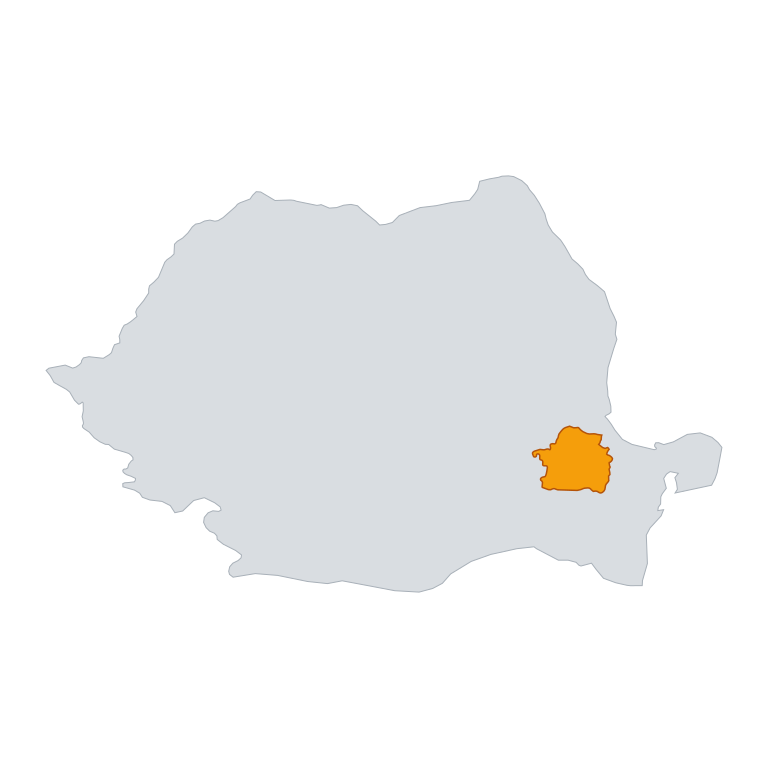 where Braila sits in Romania
{"feature_id": "ROU-313", "entity_name": "Braila", "entity_type": "County", "adm_level": 1, "iso_a3": "ROU", "parent_name": "Romania", "parent_adm1": "", "projection": "natural_earth1", "projection_center": [27.608, 45.126], "detail": "fine", "context": "in_parent", "style": "filled", "palette": "amber", "viewbox_px": 768, "rotation_deg": 0, "n_neighbors": 0, "source": "natural_earth", "source_scale": "10m", "svg_char_len": 5466}
<svg xmlns="http://www.w3.org/2000/svg" viewBox="0 0 768 768"><path d="M614.9,430.1L622.4,439.4L632.0,444.4L654.2,449.7L656.2,449.1L656.4,448.1L654.8,446.7L654.6,445.0L655.7,442.8L658.7,442.7L663.8,444.6L673.3,441.9L687.3,434.4L700.2,432.9L711.9,437.3L718.0,442.5L721.9,447.4L720.8,453.4L720.1,457.2L717.1,472.8L715.0,478.7L711.6,485.2L675.1,493.0L677.4,489.3L676.5,482.7L674.9,477.7L678.3,473.3L670.1,471.6L666.5,474.1L663.7,478.4L666.3,488.3L662.3,493.7L660.8,496.8L660.6,504.0L658.3,507.2L657.8,510.6L663.6,509.7L661.1,515.9L650.1,527.9L646.3,535.1L647.4,563.5L642.5,580.5L642.2,585.6L630.5,585.7L627.0,585.3L615.9,582.8L603.5,578.3L596.2,569.5L591.5,563.2L581.0,566.0L579.0,565.3L576.1,562.3L568.2,560.2L558.4,560.2L536.5,548.7L534.0,546.8L516.8,548.7L490.9,554.4L471.2,561.4L450.7,573.9L442.4,583.3L432.8,588.4L419.1,592.1L394.7,590.7L369.4,585.9L342.2,580.8L327.5,583.6L307.6,581.5L277.6,575.4L255.3,573.6L233.1,577.2L229.5,574.4L228.7,571.3L229.7,566.8L232.8,563.2L238.2,560.5L241.1,557.8L241.5,554.9L235.5,550.4L223.4,544.3L218.4,540.4L217.2,539.4L216.9,535.9L214.4,533.2L209.7,531.2L206.1,527.6L203.6,522.4L204.3,517.4L208.1,512.8L212.9,510.8L218.7,511.4L221.1,510.1L220.2,506.9L214.6,502.7L204.3,497.7L193.7,500.5L182.7,511.0L174.9,512.7L170.3,505.6L162.0,501.4L149.9,500.0L142.4,497.3L139.7,493.2L134.5,490.1L122.9,486.8L122.8,483.6L124.7,482.8L128.9,482.5L134.5,481.8L135.4,480.0L135.5,478.4L131.2,476.3L126.8,474.8L124.5,473.4L123.0,471.8L122.8,470.2L124.1,469.0L125.9,469.0L127.7,468.0L128.8,464.2L131.3,461.0L133.0,459.9L132.9,457.5L131.2,455.4L128.8,453.5L125.3,452.3L114.3,449.1L108.7,444.5L105.3,444.3L99.9,441.8L94.2,437.8L89.2,432.1L83.8,428.5L82.5,427.0L82.4,425.6L83.4,424.0L83.4,422.3L82.1,416.7L83.3,410.9L83.2,405.4L83.2,402.9L82.2,402.1L81.2,403.0L79.8,404.0L78.5,404.2L74.5,400.2L69.7,392.0L66.3,389.3L59.6,385.6L54.0,382.4L50.2,375.6L46.1,370.4L48.9,368.2L65.2,365.1L72.7,368.1L76.1,367.0L79.5,364.6L81.3,362.6L81.7,360.5L83.4,357.9L88.9,356.7L103.3,358.3L109.3,354.6L111.5,352.6L112.9,348.3L114.5,344.7L119.8,342.9L119.8,339.7L119.1,336.2L122.3,328.4L124.2,325.2L127.2,324.0L130.8,321.6L137.0,316.5L135.7,312.0L137.0,308.7L143.6,300.7L148.7,293.0L148.7,289.1L149.5,285.8L153.9,282.1L158.5,277.3L164.8,262.2L167.0,259.7L171.0,256.9L174.0,254.0L174.5,244.2L177.3,241.3L182.6,238.1L187.9,233.0L192.3,226.9L195.6,224.1L199.9,223.3L204.6,221.0L209.9,220.1L214.9,221.2L218.1,220.6L223.0,217.7L235.6,206.6L237.4,204.3L240.0,202.8L250.1,199.0L252.7,195.2L256.2,191.7L260.7,192.0L275.0,200.5L290.6,200.0L293.5,200.3L294.4,200.5L296.3,201.2L316.9,205.4L320.1,204.9L321.0,204.6L329.3,208.1L336.6,207.6L343.7,205.2L351.0,204.4L357.6,205.8L362.7,210.7L375.7,221.1L379.6,225.0L385.7,224.4L392.4,222.5L399.3,215.5L420.1,207.6L436.1,205.7L451.6,202.5L469.5,200.3L474.8,193.8L477.7,189.4L479.7,181.3L489.4,178.9L498.6,177.3L501.9,176.2L508.5,175.9L513.7,176.6L521.7,180.6L527.3,185.7L529.5,189.7L534.3,195.3L539.4,203.3L544.9,213.8L546.2,219.2L548.2,225.0L552.4,232.0L560.4,239.8L561.5,241.3L565.1,246.8L572.0,259.0L577.8,263.9L582.9,269.2L585.4,274.5L589.0,279.4L597.6,285.8L604.5,291.7L610.1,308.5L614.0,316.3L616.5,322.2L615.3,334.2L616.9,339.3L613.7,348.7L608.0,367.6L606.7,382.7L607.7,390.8L607.9,396.0L609.2,399.4L610.8,406.2L611.0,412.2L609.0,413.9L606.1,415.3L605.0,416.6L607.6,419.3L611.3,424.3L614.9,430.1Z" fill="#d9dde1" stroke="#a8b0b8" stroke-width="1"/><path d="M558.4,435.9L559.0,434.0L560.8,431.6L562.7,429.4L563.9,428.4L565.4,427.6L569.6,426.2L573.7,427.8L576.2,427.7L577.5,427.5L578.4,427.6L579.0,428.1L580.4,429.7L582.8,431.6L586.8,433.5L589.3,434.0L594.0,433.8L595.7,434.0L597.5,434.5L601.8,435.1L601.5,435.9L601.4,436.7L601.2,439.4L601.2,439.7L601.0,440.0L600.4,441.0L600.0,442.6L599.7,443.1L598.7,444.4L602.6,447.5L605.1,448.4L607.6,447.5L608.1,447.9L608.5,448.3L608.8,448.8L609.1,449.4L608.1,450.6L607.1,452.5L606.7,454.2L607.8,455.0L609.2,455.4L610.6,456.3L611.9,457.5L612.5,458.7L612.2,459.9L611.4,461.1L610.3,462.1L609.3,462.5L609.1,462.9L609.6,465.9L609.7,466.1L609.8,466.3L610.0,466.6L610.1,467.1L609.9,467.7L609.3,468.7L609.1,469.3L609.8,472.6L609.9,474.6L608.9,475.6L608.6,476.0L608.7,480.0L608.8,480.5L608.7,480.8L608.1,481.8L606.2,484.1L605.5,485.5L605.2,487.6L604.8,489.6L603.7,491.3L602.2,492.5L600.8,493.0L599.4,492.7L597.2,491.4L595.9,491.1L594.5,491.2L593.3,491.4L591.1,489.6L590.6,488.9L589.3,488.1L587.8,487.9L584.5,488.2L582.9,488.7L581.6,489.3L580.0,489.8L577.2,490.4L557.6,489.8L555.6,489.1L554.7,488.7L553.7,488.6L552.5,488.9L550.8,489.7L549.4,489.7L548.3,489.6L542.3,487.4L542.1,486.8L542.5,482.5L542.1,481.4L541.3,480.6L540.7,480.1L540.5,479.2L540.7,478.4L541.6,477.6L542.4,477.2L545.0,476.6L545.6,475.8L546.2,474.2L546.9,470.8L547.2,468.9L547.4,467.4L547.2,466.6L546.8,466.0L546.2,465.8L544.5,465.8L543.6,465.7L543.0,465.4L542.7,464.7L542.7,464.0L542.8,462.2L542.7,461.3L542.3,460.6L541.7,460.1L540.8,459.9L540.1,459.6L539.8,459.0L539.7,458.0L539.8,456.2L539.7,455.4L539.4,454.7L538.9,454.2L538.3,453.9L537.6,453.9L537.0,454.1L536.6,454.5L536.5,455.1L536.5,455.7L536.3,456.3L535.6,456.9L534.8,457.0L534.1,456.9L533.6,456.5L532.6,454.0L532.5,453.3L532.6,452.7L533.2,451.9L534.3,451.2L540.0,449.4L543.4,449.8L544.3,449.8L547.1,449.0L548.0,449.0L548.8,449.2L549.3,449.6L549.9,449.7L550.3,449.3L550.6,448.0L550.2,445.9L550.2,445.0L550.7,444.2L552.1,443.7L553.2,443.7L554.2,443.9L555.1,443.7L555.8,443.0L556.3,440.9L556.8,439.7L558.1,437.6L558.4,435.9Z" fill="#f59e0b" stroke="#b45309" stroke-width="1.5"/></svg>